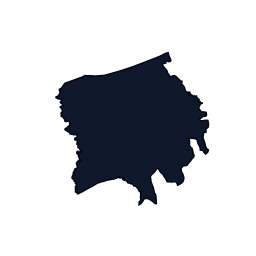 the district of Pujehun, Southern, Sierra Leone, rotated 133°
{"feature_id": "65957751B2614126839094", "entity_name": "Pujehun", "entity_type": "district", "adm_level": 2, "iso_a3": "SLE", "parent_name": "Sierra Leone", "parent_adm1": "Southern", "projection": "albers", "projection_center": [-11.562, 7.3], "detail": "fine", "context": "isolated", "style": "filled", "palette": "ink", "viewbox_px": 256, "rotation_deg": 133, "n_neighbors": 0, "source": "geoboundaries", "source_scale": "gbopen_adm2", "svg_char_len": 5735}
<svg xmlns="http://www.w3.org/2000/svg" viewBox="0 0 256 256"><g transform="rotate(133 128 128)"><path d="M210.4,119.7L205.5,117.9L201.4,116.7L197.8,115.4L193.7,114.0L190.9,113.3L188.7,112.5L185.2,110.6L183.2,109.2L181.2,108.2L179.4,106.9L177.4,105.5L175.2,103.7L173.1,102.5L171.5,101.8L170.4,101.3L170.1,100.6L170.1,99.7L169.4,99.6L168.7,99.3L168.6,98.8L168.5,97.8L168.9,97.1L168.3,97.2L167.7,96.3L168.4,95.8L168.9,95.4L168.5,94.8L167.9,93.6L167.7,92.5L167.7,91.7L168.2,90.9L167.4,89.3L166.7,88.7L166.4,88.2L166.8,87.7L166.3,87.2L165.8,86.6L165.8,86.0L166.2,84.9L166.4,84.3L165.5,83.0L165.2,81.9L165.5,80.5L165.5,79.4L166.3,77.4L166.7,76.3L166.2,75.3L167.0,74.2L169.0,72.5L170.2,71.6L171.1,70.4L171.8,69.7L172.3,69.3L173.3,69.4L174.3,69.4L175.3,68.7L176.6,67.6L175.6,67.3L173.7,66.9L172.2,67.1L170.0,67.6L168.9,67.8L168.0,67.5L167.0,66.5L166.3,65.5L165.7,64.5L165.3,62.6L165.0,60.6L164.8,59.4L164.9,58.1L164.7,56.6L164.4,55.9L163.9,55.7L162.1,57.7L161.5,58.2L160.3,59.5L158.7,61.2L158.2,62.0L157.8,62.8L157.5,63.6L157.5,64.5L156.3,66.1L155.3,67.4L154.1,69.4L153.3,71.1L152.4,73.0L151.1,75.2L150.0,76.3L149.6,76.9L149.2,77.6L148.5,78.3L148.0,78.6L146.9,78.8L144.4,78.8L143.4,78.6L142.3,78.6L141.1,78.8L139.7,78.9L138.2,79.0L137.4,79.0L136.7,78.4L137.2,77.4L138.0,75.0L138.1,73.3L138.0,71.3L138.2,70.3L138.7,69.0L139.0,67.4L139.3,65.8L139.9,64.5L140.6,62.8L139.8,61.7L138.9,60.7L137.3,58.8L136.3,58.0L135.5,57.6L134.9,56.5L134.9,55.3L135.2,53.8L136.0,52.8L135.2,52.3L131.9,51.3L129.1,51.4L126.6,52.9L125.6,54.2L124.9,55.4L124.2,56.9L123.7,58.8L122.9,59.8L121.9,61.3L120.6,61.7L118.8,61.8L117.6,61.6L116.6,60.5L115.1,59.4L112.6,59.8L110.1,59.8L108.6,59.9L108.0,60.2L104.3,60.2L102.9,61.1L102.0,63.2L101.2,64.1L100.4,65.2L99.8,66.5L99.2,67.3L99.3,68.3L99.2,69.6L99.2,70.4L98.3,71.6L97.4,72.5L96.1,73.4L95.8,74.1L95.8,74.6L94.7,74.9L94.7,75.6L94.2,75.9L94.8,77.5L93.5,77.2L92.8,75.4L91.3,73.4L90.6,72.4L89.8,71.4L89.5,69.7L90.5,67.9L92.0,65.3L92.5,63.3L93.3,61.8L94.8,60.0L93.7,58.5L93.4,57.3L94.1,55.4L94.1,53.5L91.4,53.2L90.2,53.7L89.3,54.1L89.2,55.3L89.7,56.2L88.9,57.6L88.6,58.6L88.6,59.3L87.7,59.9L86.8,61.4L84.7,65.2L84.0,66.5L82.8,67.4L80.7,68.8L79.3,69.9L78.2,68.1L77.1,68.7L76.3,70.0L75.1,70.2L73.7,70.0L72.4,70.0L71.5,70.9L70.4,71.6L69.7,72.3L68.5,74.1L68.0,74.8L69.4,76.6L70.8,77.6L72.0,78.5L72.9,79.5L73.4,81.0L73.0,81.5L71.0,81.5L70.2,81.1L69.3,81.3L68.5,81.2L67.9,80.5L67.3,80.0L66.2,79.2L65.2,79.4L64.4,80.0L63.3,81.4L64.2,83.1L65.7,84.7L66.2,85.8L65.8,87.6L65.6,88.7L65.2,89.9L63.7,90.7L61.6,91.2L60.5,91.2L58.6,90.4L58.9,90.7L59.6,90.9L59.6,91.7L59.9,92.2L59.8,92.6L59.6,93.2L59.7,93.5L60.0,93.9L60.1,94.5L59.6,94.7L59.2,95.1L58.8,95.3L58.8,95.7L58.7,96.0L58.8,96.5L58.9,97.0L58.7,98.0L58.6,98.5L58.4,99.2L57.9,99.6L58.2,99.9L58.7,100.2L58.9,100.5L58.9,101.0L59.3,101.5L60.3,102.1L60.8,102.9L60.3,103.3L60.7,103.7L61.2,103.7L61.5,103.9L61.4,104.3L61.1,104.5L60.6,104.7L60.6,105.1L60.9,105.5L61.4,106.0L60.4,105.9L60.3,107.1L59.8,107.4L60.2,107.8L60.7,107.8L60.7,108.4L60.9,108.8L61.5,108.7L62.0,108.9L61.5,111.8L60.5,113.2L59.7,114.9L59.2,117.2L59.9,118.1L59.2,118.5L58.0,119.8L57.0,120.3L57.7,121.3L57.7,123.8L57.6,127.6L57.5,128.1L58.0,129.7L58.5,130.2L59.2,130.7L60.1,131.2L60.8,131.4L61.0,131.5L61.5,132.0L61.7,132.8L61.5,133.3L61.3,133.5L61.3,133.8L61.0,135.1L60.9,136.4L60.4,137.4L59.7,138.2L59.3,139.8L59.1,142.6L58.9,143.6L58.5,145.6L57.7,146.3L56.9,146.0L55.7,145.5L55.2,144.9L54.7,144.7L53.6,145.5L52.8,145.7L52.2,145.0L51.9,143.6L51.1,143.0L50.1,142.5L49.7,142.6L49.4,142.8L49.0,143.3L48.5,144.2L47.5,147.1L46.6,148.3L45.5,149.9L47.4,151.3L53.6,153.5L61.0,157.0L80.0,166.3L91.0,172.3L98.2,176.6L105.5,181.1L112.6,187.6L116.0,191.9L117.4,193.2L119.1,195.4L121.5,196.0L135.0,202.9L137.4,204.2L138.8,204.7L140.5,204.3L142.5,204.1L142.8,204.1L144.9,203.9L145.9,204.4L146.7,204.5L147.4,203.8L147.5,203.0L147.9,202.5L147.9,202.3L148.4,201.9L150.9,201.0L151.1,201.0L152.1,201.0L153.3,201.1L153.8,201.7L154.6,201.8L154.9,201.4L154.4,199.2L152.5,196.3L152.1,195.6L152.3,194.9L154.4,195.4L155.5,194.9L155.5,194.3L155.1,192.2L156.1,191.3L157.6,191.5L158.9,191.9L159.2,189.9L159.4,188.6L159.8,188.2L160.7,187.3L161.3,187.2L161.8,186.9L162.6,187.2L163.1,186.9L163.5,186.0L164.3,185.3L164.8,185.1L164.4,182.9L164.8,181.1L164.8,180.6L164.9,179.7L166.0,179.1L166.0,178.5L165.5,177.7L165.2,177.4L163.8,176.5L163.5,176.1L163.5,175.1L163.9,174.3L164.5,173.7L165.1,172.8L165.5,172.6L166.4,172.7L167.3,172.8L168.4,172.9L169.1,172.7L169.6,172.8L170.7,173.3L171.4,173.4L172.0,173.2L172.2,172.8L171.8,170.8L171.6,169.2L171.1,167.6L171.9,166.1L170.9,165.1L170.6,164.5L170.1,163.3L169.6,162.7L168.8,162.2L168.4,161.3L168.0,160.7L168.1,160.3L169.3,159.0L169.7,158.9L170.2,159.1L171.2,159.8L172.0,159.6L172.9,159.0L172.7,158.4L172.2,157.7L171.5,157.1L171.6,156.8L172.8,155.7L173.6,155.1L174.6,154.5L173.9,153.8L175.3,152.3L176.0,151.6L176.4,151.0L176.0,149.8L176.0,149.2L176.5,148.7L176.9,147.5L176.5,147.0L176.4,146.6L176.6,146.2L178.1,145.5L178.3,145.9L178.1,146.7L178.4,147.2L178.9,147.3L180.0,147.1L180.8,147.7L179.3,148.7L179.8,149.2L180.7,148.8L181.4,148.2L181.5,145.5L182.6,144.9L182.8,143.6L183.3,143.1L183.7,142.4L184.3,141.8L183.8,140.8L184.0,140.3L184.5,140.3L184.7,140.0L185.5,140.9L185.4,141.7L186.2,142.0L187.3,141.8L188.2,142.0L188.9,141.7L189.9,140.1L190.4,139.3L191.2,138.4L192.1,137.8L193.3,138.4L194.5,138.9L195.8,137.9L197.0,137.9L197.9,137.5L198.5,137.2L199.1,136.7L199.5,136.0L200.6,136.0L201.4,135.8L202.4,135.2L202.9,134.4L202.9,133.5L202.3,132.9L202.9,132.1L203.7,130.8L203.5,130.4L202.7,130.0L202.8,129.4L203.5,129.0L204.3,128.8L204.3,128.1L204.6,127.0L205.6,126.5L206.7,126.5L207.4,125.5L208.4,125.1L209.2,123.9L210.5,123.0L210.2,120.4L210.4,119.7Z" fill="#0f172a" stroke="#020617" stroke-width="1.5"/></g></svg>